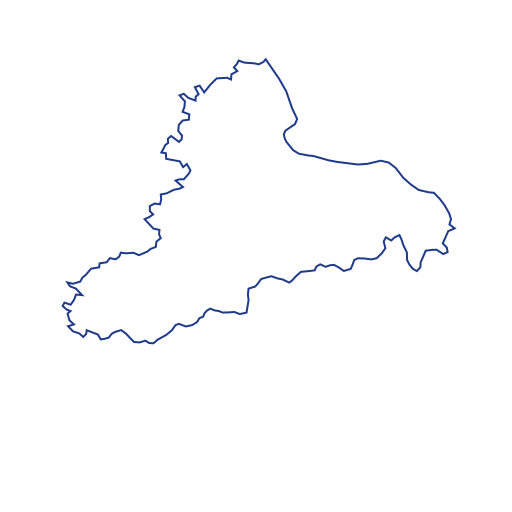 Itaipulândia, Paraná, Brazil, rotated 125°
{"feature_id": "56859067B44371373624465", "entity_name": "Itaipulândia", "entity_type": "district", "adm_level": 2, "iso_a3": "BRA", "parent_name": "Brazil", "parent_adm1": "Paraná", "projection": "robinson", "projection_center": [-54.345, -25.136], "detail": "fine", "context": "isolated", "style": "outline", "palette": "blue", "viewbox_px": 512, "rotation_deg": 125, "n_neighbors": 0, "source": "geoboundaries", "source_scale": "gbopen_adm2", "svg_char_len": 2909}
<svg xmlns="http://www.w3.org/2000/svg" viewBox="0 0 512 512"><g transform="rotate(125 256 256)"><path d="M187.1,393.8L192.9,394.4L198.2,391.4L199.8,385.7L202.9,383.9L206.7,384.5L206.4,394.4L210.6,395.4L213.8,392.8L217.1,394.0L222.0,393.2L225.5,392.9L223.5,388.8L227.9,385.3L222.2,372.7L225.0,366.7L220.3,365.4L223.5,358.8L227.0,358.3L234.5,359.1L237.2,362.8L240.3,365.1L241.4,355.4L244.7,357.3L248.8,361.2L256.0,365.2L260.2,369.3L264.2,366.0L268.7,364.3L271.2,369.1L276.0,371.6L280.1,368.7L281.0,364.1L285.3,365.8L289.7,368.4L292.4,355.8L290.0,350.1L293.9,347.8L296.0,344.3L301.4,345.8L306.0,343.3L310.5,346.3L314.8,347.6L322.4,352.3L323.7,358.3L328.2,363.8L330.8,368.6L335.1,367.7L339.2,369.1L341.6,374.5L346.8,374.7L351.7,379.9L355.2,378.0L361.0,383.8L369.0,384.6L373.2,385.8L377.8,385.3L383.8,390.1L385.8,395.3L387.5,391.0L386.0,384.9L387.8,376.0L390.8,381.3L396.2,379.9L402.2,379.9L404.1,386.2L407.8,385.7L408.5,380.2L407.5,376.4L411.3,377.3L415.7,371.9L416.5,365.9L421.3,369.7L422.7,362.7L420.8,356.3L421.4,351.1L417.3,350.4L413.9,352.1L411.0,340.4L413.4,335.4L410.8,332.6L407.3,329.8L402.6,329.6L399.3,328.1L394.0,323.9L394.2,317.7L395.3,312.6L396.4,306.6L393.6,301.8L388.8,298.1L388.6,293.7L386.4,290.0L380.8,288.5L372.2,284.3L365.0,282.3L358.8,282.3L355.8,280.3L354.0,273.1L349.1,268.6L343.9,266.4L339.4,266.7L336.0,264.5L332.7,265.3L328.8,264.9L325.3,263.2L324.3,258.7L322.4,254.9L321.5,251.0L318.4,246.7L314.2,241.5L312.9,236.0L307.8,231.3L296.4,236.8L292.1,240.6L287.0,243.4L281.4,239.1L276.7,238.6L271.9,238.6L267.7,235.2L263.7,231.7L262.1,225.7L260.0,220.9L258.7,213.5L255.2,212.4L249.9,211.7L243.3,210.2L238.0,204.0L234.1,199.7L230.0,200.5L226.0,198.6L224.9,192.7L221.2,190.1L218.6,187.2L217.9,182.2L217.9,175.5L212.2,171.0L207.4,172.0L202.9,173.2L199.4,171.2L196.0,166.0L192.5,159.4L188.6,155.9L181.6,154.5L175.4,154.5L170.9,159.7L166.2,160.3L165.7,154.1L161.4,153.2L156.6,150.5L159.1,146.2L162.7,141.4L166.5,134.5L172.7,129.9L175.2,125.0L176.5,120.0L176.1,115.6L170.9,114.9L167.0,117.4L154.3,120.0L149.6,114.8L147.3,111.7L147.0,103.7L142.9,101.3L139.6,104.6L138.6,110.2L125.4,112.8L119.4,109.1L119.2,115.6L114.0,117.4L110.3,122.1L106.1,131.0L103.8,138.2L102.2,146.5L104.8,151.2L108.6,160.6L108.6,170.1L107.5,180.1L103.8,192.0L103.3,200.8L106.4,208.5L116.8,217.8L122.6,225.0L128.0,235.2L132.3,243.3L136.0,251.5L139.4,261.3L141.2,266.4L143.4,270.3L147.6,279.5L148.0,286.2L145.1,296.4L143.3,299.7L140.5,302.9L136.6,303.8L132.9,302.5L125.6,299.7L120.2,300.9L114.2,311.3L103.8,325.6L97.6,338.7L89.3,360.9L92.8,361.2L97.4,363.7L99.3,368.2L104.2,376.3L105.9,382.3L109.8,381.8L114.2,382.3L115.2,377.4L121.3,380.3L125.8,377.7L126.5,381.8L133.1,390.1L142.2,391.7L151.7,392.3L148.8,399.9L152.8,402.9L156.4,395.8L160.0,396.8L163.4,394.7L165.3,402.2L164.6,408.3L168.3,410.7L170.1,402.9L175.0,400.1L180.0,398.8L178.2,391.9L182.8,389.2L187.1,393.8Z" fill="none" stroke="#1e3a8a" stroke-width="2"/></g></svg>